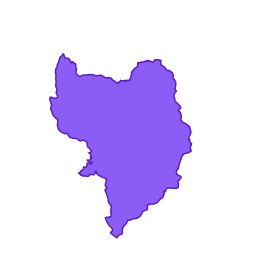 Desesti, Maramures, Romania (Robinson projection), rotated 245°
{"feature_id": "2599482B12376527067201", "entity_name": "Desesti", "entity_type": "district", "adm_level": 2, "iso_a3": "ROU", "parent_name": "Romania", "parent_adm1": "Maramures", "projection": "robinson", "projection_center": [23.796, 47.753], "detail": "fine", "context": "isolated", "style": "filled", "palette": "violet", "viewbox_px": 256, "rotation_deg": 245, "n_neighbors": 0, "source": "geoboundaries", "source_scale": "gbopen_adm2", "svg_char_len": 5744}
<svg xmlns="http://www.w3.org/2000/svg" viewBox="0 0 256 256"><g transform="rotate(245 128 128)"><path d="M175.3,186.4L177.1,184.2L177.9,182.7L178.4,181.1L178.2,180.4L177.3,179.4L177.1,178.2L178.8,176.6L179.9,175.8L180.5,175.0L180.9,174.1L180.4,174.1L180.2,173.9L180.4,173.8L180.5,173.2L180.8,172.9L181.2,171.9L181.3,171.4L181.1,170.6L181.3,170.2L181.3,169.9L181.8,169.1L181.9,168.6L181.9,168.3L181.7,167.8L182.3,166.8L182.2,166.2L182.7,165.6L182.9,165.0L182.8,164.3L182.6,164.2L182.1,164.1L181.7,163.5L180.6,163.4L179.9,162.9L179.6,161.7L179.2,161.0L179.2,160.6L179.4,159.9L179.0,159.0L178.6,158.5L178.6,157.8L178.3,157.5L177.9,156.7L177.9,156.1L177.6,155.7L176.8,155.1L176.7,154.9L176.4,154.6L176.4,154.3L175.9,154.3L174.2,153.0L173.9,152.8L173.5,152.4L173.0,152.2L172.5,151.9L171.3,150.4L170.9,150.3L170.8,150.2L170.9,149.8L170.7,149.6L170.7,149.0L170.7,148.7L171.0,148.6L171.1,148.4L171.4,148.2L171.3,147.6L171.5,147.4L171.5,146.8L171.3,146.5L172.0,145.9L171.9,145.6L172.1,145.5L172.0,145.4L171.6,145.3L171.6,145.2L171.9,145.1L172.0,144.8L172.4,144.8L172.3,144.3L172.6,143.9L172.7,143.6L173.0,143.3L173.1,142.8L173.4,142.3L173.7,141.8L174.3,141.3L173.2,140.1L173.3,139.7L172.9,139.4L173.3,139.0L173.2,138.4L173.7,138.2L173.6,137.7L173.9,137.1L174.0,136.6L174.1,136.3L175.0,136.3L175.4,135.9L176.0,135.6L176.4,135.6L176.7,135.2L177.2,135.0L177.8,134.4L179.2,134.1L179.3,133.9L179.6,133.7L179.9,133.8L180.4,133.7L180.7,133.2L181.1,133.0L181.2,132.5L182.2,131.1L182.2,130.9L181.7,130.9L182.8,129.1L187.4,125.7L188.9,120.8L190.5,119.6L192.4,116.4L193.8,112.2L194.9,109.8L195.1,106.5L195.3,105.7L196.8,104.8L198.5,104.2L200.9,104.3L202.2,105.7L203.3,106.2L205.2,106.5L206.7,107.0L207.6,107.5L208.5,107.5L209.1,106.6L211.2,106.2L211.5,105.2L210.8,104.5L211.2,103.8L212.5,104.2L215.6,103.8L216.3,103.4L217.3,102.1L217.6,101.3L218.3,100.6L219.5,100.5L221.4,100.9L222.4,100.7L222.6,100.0L221.5,99.0L221.2,97.1L220.3,95.7L217.2,93.1L216.1,91.8L215.6,90.9L213.7,89.9L212.0,87.5L211.0,86.8L208.4,85.4L207.1,85.4L201.7,82.7L200.7,82.8L197.8,80.8L196.2,80.1L193.7,80.1L192.5,79.6L190.2,77.7L186.5,77.7L185.7,76.9L185.6,74.5L186.5,73.2L188.3,71.5L188.7,70.7L188.5,70.1L186.5,69.1L180.7,68.4L179.0,66.6L177.4,65.8L175.5,66.1L172.2,65.4L167.8,66.5L165.7,67.8L164.8,67.8L160.8,65.4L159.4,64.8L158.1,65.0L157.4,64.6L155.9,64.4L154.0,65.2L153.3,65.3L149.9,67.9L149.3,68.6L149.1,70.1L148.4,70.9L145.4,70.9L143.9,71.6L141.3,74.5L140.8,76.1L139.7,77.3L136.5,79.0L135.9,82.3L134.9,83.3L133.0,84.5L132.3,84.6L130.8,84.3L129.9,83.9L128.2,83.5L127.1,83.8L125.6,84.6L122.8,85.0L121.9,84.9L121.8,84.7L121.7,83.9L122.0,82.1L120.6,82.6L119.5,83.1L118.9,82.9L118.1,82.2L117.4,82.8L116.9,82.8L116.5,82.6L116.4,82.1L116.8,81.5L115.3,80.9L115.2,80.6L115.2,80.0L115.4,79.1L116.1,77.6L115.8,77.5L115.3,77.5L114.1,78.4L114.1,78.6L113.1,78.9L112.7,79.7L112.7,79.9L112.5,80.3L112.0,80.9L111.8,80.9L111.7,80.7L111.8,80.0L110.9,79.0L111.7,78.2L112.5,77.8L113.2,76.6L113.3,76.2L113.3,75.9L113.1,75.8L111.8,75.5L111.2,74.8L110.5,73.7L110.3,73.2L110.8,71.7L111.4,71.3L111.2,71.1L110.6,71.1L109.7,70.3L109.6,69.8L109.2,69.1L109.2,68.5L109.0,67.8L109.1,67.2L108.2,66.0L107.7,65.7L107.7,65.2L108.2,64.6L107.7,64.5L104.8,65.4L104.7,66.1L104.4,66.6L103.5,66.8L103.1,67.3L103.2,67.9L102.5,68.9L102.4,69.8L101.4,70.4L101.1,70.9L101.0,71.5L101.3,72.2L101.3,72.8L101.7,73.1L102.0,74.1L101.9,74.3L101.3,74.9L101.1,75.8L100.2,76.7L100.1,77.0L100.1,77.6L100.3,78.1L100.7,78.5L100.9,79.0L101.3,79.2L101.5,79.6L101.8,79.9L102.4,80.0L102.6,80.2L102.6,80.7L99.8,80.5L97.7,81.4L94.2,83.8L93.1,85.1L92.1,86.0L91.5,86.4L90.5,86.5L90.4,86.8L89.1,85.7L88.5,85.5L87.8,84.9L87.2,84.2L85.9,83.3L85.2,83.1L84.6,83.1L84.0,83.2L83.3,83.6L83.0,83.7L82.4,83.4L82.2,83.3L82.3,83.0L82.0,82.8L81.9,82.5L82.1,82.2L82.1,81.8L81.7,81.3L81.3,81.0L80.7,80.8L79.6,80.7L77.8,80.9L76.2,80.3L75.2,80.4L74.0,80.3L73.2,80.1L70.9,79.9L70.6,79.4L69.1,79.0L68.0,79.1L64.3,79.8L63.6,79.6L63.1,79.4L62.8,79.1L62.6,78.7L61.8,78.2L60.2,77.7L58.7,76.6L56.2,76.1L55.3,75.4L54.9,74.2L56.1,70.8L56.3,69.6L51.8,69.2L47.6,69.8L44.0,71.1L42.5,71.0L41.6,70.6L40.6,68.0L39.9,68.0L34.1,70.9L33.4,71.5L33.4,72.0L34.7,74.0L34.5,77.5L34.9,78.5L36.6,79.1L38.8,80.3L39.8,81.1L41.0,82.9L41.8,85.5L43.0,87.2L43.8,88.0L44.2,88.8L44.3,89.4L43.4,91.7L43.8,94.2L42.8,96.0L42.5,97.4L42.4,98.4L42.7,100.7L43.1,102.1L46.0,106.1L46.2,106.9L45.8,110.1L46.2,111.3L47.0,111.9L48.9,112.5L50.1,113.4L49.6,114.9L49.5,116.3L48.1,119.5L48.1,122.8L48.7,124.6L49.9,126.8L50.0,128.8L50.7,130.6L53.5,133.3L55.3,133.5L55.6,134.0L55.2,134.6L54.6,135.0L54.9,135.5L56.7,136.9L56.8,137.8L56.5,139.5L53.8,144.3L52.8,146.3L53.1,148.5L56.1,150.1L58.2,150.6L59.1,151.0L59.1,152.5L60.6,155.0L61.1,155.4L62.2,155.2L64.0,153.5L65.0,153.0L66.5,152.9L67.5,153.1L68.5,153.7L69.3,155.0L70.9,156.7L70.5,156.8L72.3,158.1L74.6,160.1L79.5,164.8L79.7,165.5L80.7,167.1L80.9,167.7L80.9,168.2L80.4,170.1L80.4,170.8L80.1,171.9L80.0,172.8L80.4,174.2L80.1,175.0L80.3,175.3L81.9,175.8L83.5,175.9L84.2,176.2L85.3,177.3L85.5,177.9L86.4,178.2L86.5,178.3L86.6,178.6L87.2,179.0L88.8,178.3L89.2,178.4L89.9,178.2L91.0,178.8L91.8,179.1L91.8,178.1L93.5,178.7L96.5,182.5L98.1,183.4L101.9,184.2L103.5,184.3L107.4,182.2L110.0,180.1L112.0,179.4L113.3,179.5L115.9,181.3L117.6,181.7L119.8,182.0L120.5,181.9L121.3,181.3L122.3,181.1L123.2,181.9L123.6,183.8L124.0,184.4L124.7,184.5L128.0,183.8L129.9,182.8L133.2,182.1L135.4,182.9L137.0,182.9L138.3,183.5L139.9,185.1L140.7,187.0L141.1,187.5L142.7,187.0L143.9,187.4L146.8,189.5L149.7,190.7L151.2,190.5L152.6,190.6L153.7,189.9L154.2,189.9L154.9,190.1L155.3,190.4L156.1,191.4L157.1,191.4L158.2,191.3L159.2,191.6L162.3,190.0L162.9,189.4L163.4,188.0L164.8,187.4L167.4,186.9L171.6,184.6L172.4,184.8L175.3,186.4Z" fill="#8b5cf6" stroke="#5b21b6" stroke-width="1.5"/></g></svg>